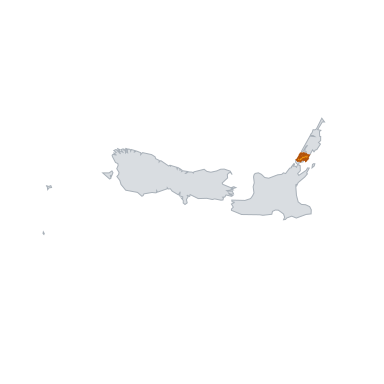 Rodney Local Board Area, Auckland, New Zealand (highlighted), rotated 60°
{"feature_id": "76426892B62509674219060", "entity_name": "Rodney Local Board Area", "entity_type": "district", "adm_level": 2, "iso_a3": "NZL", "parent_name": "New Zealand", "parent_adm1": "Auckland", "projection": "equal_earth", "projection_center": [174.565, -36.497], "detail": "fine", "context": "in_parent", "style": "filled", "palette": "amber", "viewbox_px": 384, "rotation_deg": 60, "n_neighbors": 0, "source": "geoboundaries", "source_scale": "gbopen_adm2", "svg_char_len": 7363}
<svg xmlns="http://www.w3.org/2000/svg" viewBox="0 0 384 384"><g transform="rotate(60 192 192)"><path d="M199.3,161.4L200.8,161.5L207.3,156.5L210.0,155.4L210.7,155.3L209.3,156.8L209.6,157.9L208.1,161.3L209.4,160.7L210.2,158.4L211.0,157.9L210.7,156.6L214.6,157.0L213.3,159.4L211.2,160.8L212.5,160.9L215.5,158.4L215.5,159.9L211.6,164.0L212.8,166.2L211.8,168.0L212.9,167.8L214.4,169.2L213.5,171.1L209.3,175.8L208.7,178.1L204.9,182.3L200.8,189.9L193.3,194.9L194.7,196.2L192.1,198.0L194.2,197.7L195.7,200.6L199.0,201.6L199.3,204.3L197.1,205.1L195.0,203.8L191.8,204.3L192.8,203.2L191.5,202.4L189.2,204.7L185.9,202.0L187.7,205.2L181.2,208.8L178.4,209.1L177.5,211.1L175.9,211.3L176.8,211.9L174.9,221.9L173.1,221.9L174.8,223.0L174.5,224.0L172.4,226.9L169.6,234.5L170.7,236.2L170.6,237.5L165.1,239.4L157.3,248.5L150.0,249.7L145.8,248.7L141.0,249.3L140.2,246.8L138.5,245.4L134.2,245.5L132.1,242.7L130.3,242.0L128.2,243.5L121.5,243.2L120.2,242.8L119.9,241.7L122.3,238.9L120.1,240.4L119.1,240.2L120.0,239.0L119.8,237.8L117.0,239.0L117.2,236.5L123.3,234.9L120.8,234.7L120.6,233.8L123.0,232.0L119.8,232.2L120.2,230.0L122.0,230.0L121.3,228.4L125.0,230.0L124.4,228.5L125.8,228.1L123.3,227.0L123.1,225.3L124.4,224.2L126.0,224.7L124.9,223.3L127.8,220.5L128.6,222.6L128.7,219.6L132.4,216.7L134.0,217.8L133.2,215.1L139.4,208.3L143.0,206.4L145.0,206.8L148.2,204.6L149.6,205.5L149.1,203.9L149.5,203.2L157.8,199.2L157.8,198.0L158.7,197.7L158.1,197.4L162.8,193.0L164.8,193.4L163.6,192.1L165.6,190.9L167.5,191.8L166.4,190.5L168.2,189.7L169.1,190.8L169.2,189.1L172.0,185.6L172.6,188.4L172.9,188.0L172.7,185.2L174.8,182.0L176.3,181.3L175.5,180.3L178.4,170.1L181.5,168.9L184.3,165.8L186.1,160.1L186.6,155.8L188.3,152.6L193.0,148.5L197.0,148.5L194.2,148.9L193.9,151.0L194.7,152.8L197.6,154.1L199.3,161.4ZM196.5,44.1L200.8,52.0L203.0,49.6L203.4,51.4L207.6,53.6L208.3,52.8L211.8,54.9L212.4,57.7L214.7,56.8L217.7,62.7L217.3,64.2L218.2,66.3L215.8,66.5L221.2,75.5L220.5,78.7L221.4,80.9L220.1,84.9L222.3,86.1L223.2,85.1L227.8,87.6L228.9,91.3L231.0,91.2L230.3,82.2L228.9,79.9L229.9,78.5L232.8,83.2L234.0,83.0L235.4,86.9L236.9,95.3L238.7,97.9L237.7,97.5L237.5,98.2L238.4,99.0L247.1,103.2L253.7,105.0L257.5,103.4L259.8,100.0L263.5,97.4L267.0,97.6L270.5,99.8L268.5,104.4L266.7,114.7L262.8,117.7L261.9,122.8L262.5,124.9L261.8,126.6L260.2,124.4L256.8,123.7L250.9,126.3L249.3,128.8L249.0,132.0L251.2,134.0L247.6,142.3L245.6,144.7L236.3,160.3L227.6,167.0L226.5,166.4L225.8,163.8L222.1,163.9L222.3,160.8L221.9,160.5L220.5,162.2L218.9,161.6L225.8,150.3L227.0,144.6L225.7,141.6L223.8,138.8L218.0,136.4L215.2,133.5L209.8,131.2L208.2,129.8L207.5,128.0L208.6,124.9L211.5,123.0L215.8,121.8L218.4,118.7L220.0,109.1L221.6,105.5L221.1,103.3L222.8,101.7L220.2,95.5L220.7,93.6L219.9,93.4L218.3,89.4L219.3,89.2L220.3,91.4L221.2,89.6L222.8,89.2L220.9,86.7L218.5,87.4L216.8,86.7L215.6,82.9L213.0,78.8L213.8,78.6L215.8,80.7L216.5,79.1L215.2,76.7L215.7,74.3L214.1,73.0L213.9,74.5L211.0,72.3L209.3,68.5L209.4,70.4L212.7,75.9L211.8,77.0L211.2,76.4L202.6,62.0L205.4,58.0L203.7,58.8L202.1,61.2L201.3,60.2L200.7,58.4L198.6,56.0L199.6,54.6L199.6,52.7L193.0,42.7L197.6,42.2L196.5,44.1ZM135.8,250.8L138.3,254.1L137.0,253.9L137.0,254.6L139.5,255.3L139.6,256.8L130.8,259.8L134.0,254.2L133.7,250.8L135.8,250.8ZM116.9,313.8L117.8,315.8L115.0,314.7L113.5,315.2L115.6,313.2L115.9,311.1L117.9,311.4L116.9,313.8ZM230.6,73.2L231.1,76.0L228.4,73.9L228.3,72.5L229.0,71.5L230.6,73.2ZM209.6,154.4L207.9,155.4L208.3,153.2L210.2,151.8L209.6,154.4ZM120.0,234.0L119.8,235.2L117.3,234.7L119.2,233.3L120.0,234.0ZM154.1,340.7L154.7,341.5L153.5,341.8L152.2,340.7L154.1,340.7ZM122.6,226.3L123.2,228.2L121.5,227.2L122.6,226.3Z" fill="#d9dde1" stroke="#a8b0b8" stroke-width="1"/><path d="M217.5,73.8L216.8,74.3L216.8,74.7L217.1,74.3L217.0,74.5L217.3,74.5L217.0,74.6L216.9,74.7L216.9,74.8L217.0,74.9L216.9,74.9L216.8,75.0L216.9,74.9L216.9,74.7L216.6,74.8L216.5,74.6L216.3,74.9L216.2,74.9L216.1,75.0L216.2,75.3L216.3,75.3L216.3,75.2L216.3,75.4L216.1,75.1L216.1,75.3L216.0,75.0L215.9,75.3L215.7,75.4L215.7,75.7L215.6,75.8L215.4,75.6L215.4,75.8L215.3,75.7L215.3,75.8L215.1,75.8L214.9,75.9L215.0,75.8L214.9,75.8L214.8,75.7L214.6,75.9L214.4,75.5L214.0,75.6L213.9,75.8L213.9,76.7L214.1,77.0L214.6,77.0L214.6,76.9L214.6,76.5L214.5,76.3L214.6,76.5L214.9,76.9L215.2,77.3L215.3,77.3L215.4,77.1L215.6,77.2L215.5,76.9L215.4,77.1L215.5,76.9L215.4,76.8L215.7,76.9L216.0,76.7L215.8,76.6L215.8,76.4L215.7,76.4L215.8,76.3L215.6,76.3L215.8,76.2L215.7,76.2L215.8,76.2L215.7,76.1L215.9,76.0L215.9,76.3L216.0,76.1L216.3,76.0L216.3,75.9L216.2,76.1L216.2,76.3L216.1,76.5L215.9,76.9L215.9,77.0L216.0,76.9L215.9,77.0L215.7,77.0L216.0,77.2L216.0,77.3L216.2,77.6L216.4,77.6L216.0,77.9L215.9,78.5L216.2,79.1L216.1,79.4L216.1,79.5L216.5,79.8L216.4,79.9L216.1,79.9L216.1,80.1L216.2,80.3L215.9,80.4L216.3,80.4L216.3,80.6L216.3,81.0L216.2,81.1L216.3,81.1L216.3,81.3L216.5,81.6L216.4,81.7L216.5,81.8L216.4,81.9L216.5,81.9L216.5,82.0L216.4,82.0L216.5,82.1L216.4,82.1L216.5,82.0L216.5,81.9L216.4,81.9L216.5,81.8L216.3,81.7L216.1,81.0L215.9,81.1L216.2,81.3L216.1,81.6L216.0,81.4L215.9,81.4L216.0,81.2L215.9,81.2L215.8,81.3L215.7,81.4L215.8,81.3L215.8,81.2L215.7,81.4L215.9,81.2L215.7,81.0L215.5,80.9L215.5,80.5L215.4,80.7L215.5,81.1L215.3,81.1L215.2,81.1L215.3,80.6L215.2,80.7L215.0,80.8L215.3,80.5L215.3,80.4L215.1,80.5L215.1,80.4L215.4,80.3L215.6,80.2L215.2,79.7L214.4,79.4L214.5,79.3L214.4,79.0L214.3,78.8L214.1,78.8L214.2,78.7L214.0,78.2L213.6,77.6L213.3,77.8L213.1,78.5L213.0,78.1L213.1,77.8L213.4,77.6L213.0,77.7L212.7,78.3L212.7,78.8L214.1,80.8L216.1,84.4L216.3,85.0L216.2,85.5L216.5,85.5L216.5,85.3L216.6,85.2L216.8,84.8L218.2,85.0L218.4,84.5L218.3,84.1L218.6,83.7L218.4,83.6L218.5,83.5L218.4,83.4L218.6,83.7L218.9,83.6L219.0,83.2L219.4,82.9L219.4,82.6L219.9,82.6L219.8,82.2L219.3,81.6L219.2,80.6L219.6,79.9L219.6,79.6L220.0,79.7L220.0,79.4L220.2,79.2L220.1,78.8L219.8,78.8L219.9,78.6L219.7,78.7L219.9,78.4L220.0,78.7L219.9,78.4L220.1,78.4L220.0,78.2L219.8,78.4L219.6,78.3L220.0,78.1L219.7,78.0L219.9,78.0L219.9,77.8L219.8,77.7L219.6,77.8L219.7,77.6L219.7,77.4L219.9,77.7L220.1,77.6L220.1,77.4L220.1,77.6L220.1,77.8L220.3,78.3L220.2,78.7L220.3,78.4L220.3,78.1L220.5,78.3L220.4,78.4L220.5,78.6L220.4,78.5L220.3,79.0L220.5,78.8L220.7,78.0L220.8,77.9L220.6,77.7L220.5,77.8L220.2,77.6L220.2,77.3L220.3,77.1L220.2,76.9L220.0,77.1L219.9,77.0L220.0,76.9L219.9,76.8L220.0,76.8L219.9,76.6L220.0,76.9L220.1,76.3L220.2,76.6L220.2,76.8L220.2,76.6L220.2,76.4L220.3,76.7L220.4,76.8L220.2,76.9L220.4,76.9L220.3,77.0L220.6,77.0L220.5,76.8L220.8,76.8L220.7,76.9L220.8,77.0L220.9,76.9L221.0,77.0L221.1,76.8L222.0,76.6L221.6,76.6L221.2,76.2L221.0,76.3L220.9,76.0L220.9,75.7L220.7,76.1L220.9,76.3L220.8,76.5L220.6,76.4L220.6,75.7L220.4,76.0L220.3,75.9L220.4,76.0L220.6,75.6L220.8,75.6L221.1,75.7L221.1,75.4L221.3,75.3L221.2,75.1L221.3,75.1L221.1,74.8L220.9,74.8L220.2,74.4L219.3,73.4L218.7,72.2L218.6,72.4L218.5,72.6L218.3,72.6L218.3,72.9L218.2,73.0L217.6,73.3L217.4,73.6L217.5,73.8ZM221.7,77.0L221.5,77.3L221.7,77.2L221.4,77.5L221.7,77.5L221.9,77.4L221.8,77.5L221.4,77.6L221.7,77.9L221.6,78.0L221.9,78.0L221.9,77.8L222.2,78.0L222.2,77.4L221.7,77.0ZM213.7,76.6L213.7,76.8L213.8,76.8L213.7,76.6ZM215.4,80.9L215.3,80.7L215.3,80.9L215.4,80.9ZM221.3,78.4L221.2,78.3L221.3,78.4ZM215.4,81.0L215.4,80.9L215.4,81.0ZM220.4,79.1L220.5,79.1L220.4,79.1Z" fill="#f59e0b" stroke="#b45309" stroke-width="1.5"/></g></svg>